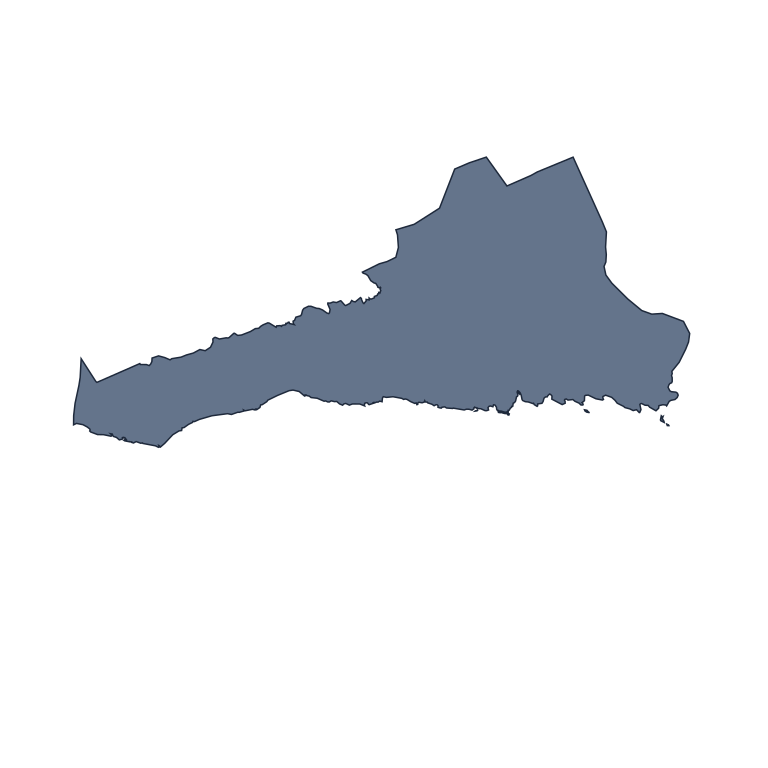 Mimika, Papua, Indonesia (Equal Earth projection), rotated 334°
{"feature_id": "22746128B99426029309213", "entity_name": "Mimika", "entity_type": "district", "adm_level": 2, "iso_a3": "IDN", "parent_name": "Indonesia", "parent_adm1": "Papua", "projection": "equal_earth", "projection_center": [136.425, -4.63], "detail": "fine", "context": "isolated", "style": "filled", "palette": "slate", "viewbox_px": 768, "rotation_deg": 334, "n_neighbors": 0, "source": "geoboundaries", "source_scale": "gbopen_adm2", "svg_char_len": 6169}
<svg xmlns="http://www.w3.org/2000/svg" viewBox="0 0 768 768"><g transform="rotate(334 384 384)"><path d="M633.0,393.3L631.2,383.3L633.3,374.8L636.9,371.6L640.5,365.2L643.2,358.0L650.6,344.8L651.3,334.0L653.4,263.0L614.8,260.6L607.4,261.0L581.3,259.9L575.4,224.9L557.8,222.6L541.8,221.8L511.0,250.3L481.2,253.7L462.3,250.6L461.5,255.9L456.8,267.6L450.2,275.3L440.4,275.3L432.4,273.9L413.6,274.0L413.8,275.2L415.8,277.2L417.0,279.5L417.4,285.3L419.4,288.9L420.7,289.9L421.1,293.1L420.9,294.3L422.0,295.6L423.1,295.4L423.2,296.1L422.1,297.1L422.0,298.8L421.1,299.3L420.5,300.3L419.4,299.4L419.0,300.5L417.8,300.3L416.7,301.4L413.7,301.1L413.1,302.3L409.8,302.1L408.8,301.4L408.3,300.2L407.5,301.9L405.0,300.1L404.4,301.5L401.2,302.9L400.7,301.8L400.8,298.2L401.2,297.2L400.7,296.0L394.1,297.6L392.5,296.3L391.6,294.8L388.8,296.6L384.0,296.7L383.3,295.9L381.8,290.5L381.3,290.1L377.1,290.0L374.3,288.0L371.1,287.7L369.1,286.6L368.5,287.4L368.2,293.4L366.2,296.1L365.2,296.5L363.8,295.2L361.3,290.6L358.8,287.7L356.6,286.4L352.5,282.2L350.2,281.0L345.1,281.0L343.2,282.0L340.4,285.3L339.0,286.1L334.1,285.3L331.5,287.6L329.8,287.7L329.0,290.0L329.3,291.2L325.6,288.2L325.8,286.9L325.0,286.5L324.0,287.0L322.3,286.5L322.1,287.4L321.5,287.6L318.1,286.6L317.2,287.3L316.3,286.0L313.0,284.7L311.9,285.7L307.6,279.0L306.4,278.1L301.3,277.8L298.4,278.1L295.8,279.0L292.6,277.8L286.9,278.3L277.4,277.5L273.8,276.2L271.9,272.9L271.2,272.6L265.0,274.4L263.8,274.2L262.4,273.3L255.8,271.4L252.9,268.2L251.9,267.9L249.9,268.5L248.7,271.3L244.2,274.9L237.9,275.7L233.6,272.3L226.2,272.6L219.2,271.3L213.4,270.9L204.4,268.2L202.3,268.5L198.5,264.1L193.7,259.9L186.9,259.0L185.2,262.1L183.0,263.8L181.0,264.5L179.0,262.4L173.6,259.7L173.5,258.6L126.7,256.7L126.1,255.4L122.9,228.5L113.8,244.9L109.2,251.5L97.9,265.9L91.2,276.4L87.1,284.6L90.3,284.6L95.6,288.6L98.4,292.5L99.8,295.3L99.7,296.6L98.9,297.2L99.3,298.5L104.4,303.9L109.7,306.6L115.8,311.3L117.1,310.6L116.4,308.8L117.8,309.8L117.7,312.4L120.1,314.7L121.6,318.2L124.5,318.8L125.2,318.5L125.4,317.5L126.4,317.7L126.7,318.4L127.5,318.5L128.1,321.4L127.8,321.9L127.0,320.8L127.1,319.9L126.5,320.6L125.5,320.5L126.0,321.4L130.5,324.8L129.4,323.7L131.7,325.5L132.5,325.3L132.0,325.7L131.1,325.4L133.0,327.2L136.0,327.1L139.4,330.6L141.1,331.1L141.2,331.7L151.5,339.4L153.5,342.0L154.4,341.8L154.6,340.5L155.1,341.2L154.7,342.3L155.2,342.7L160.9,341.2L171.9,337.0L179.2,336.3L181.7,337.1L183.3,334.9L185.2,335.5L190.6,334.6L195.1,334.6L195.9,333.8L197.2,334.7L202.6,334.9L215.4,337.1L230.4,342.1L233.5,344.5L240.3,345.3L241.4,346.0L247.0,347.0L246.5,346.8L246.5,346.0L247.4,347.2L254.7,349.1L256.7,350.8L257.0,350.3L258.1,350.3L258.3,351.3L262.2,350.7L264.0,348.7L265.5,349.2L270.9,348.5L272.5,347.6L283.4,347.6L295.8,348.4L299.6,349.6L304.5,353.6L307.3,360.0L308.5,360.1L308.0,359.5L308.2,359.2L309.2,359.7L309.8,360.8L311.5,362.1L312.5,364.2L317.7,367.5L322.6,373.2L324.1,373.6L325.5,375.4L327.0,376.2L329.2,376.0L331.7,378.1L333.9,379.0L335.3,382.4L337.5,384.9L339.3,384.3L341.1,384.7L343.6,387.8L346.9,388.1L353.5,391.4L357.0,395.2L357.1,394.1L357.9,393.5L358.1,392.9L359.7,393.0L360.9,393.8L361.2,395.6L361.7,396.1L366.2,396.7L366.0,396.1L367.0,396.1L367.5,396.9L369.5,397.0L370.7,397.7L372.6,397.5L374.5,399.1L376.5,395.9L377.8,395.1L380.3,397.1L386.5,399.4L393.7,404.7L394.9,406.5L396.4,406.7L397.9,407.9L400.2,411.5L403.1,414.9L404.6,415.1L404.5,417.0L405.4,417.1L406.1,415.9L407.3,415.7L410.0,417.6L412.2,417.9L413.3,416.9L413.3,418.3L415.0,419.3L415.0,420.1L418.2,423.2L419.5,425.5L421.6,425.4L422.7,426.0L423.1,427.1L422.3,428.6L424.0,430.2L425.1,430.8L425.9,430.3L428.6,431.2L429.7,433.0L435.0,436.1L435.6,436.0L444.7,442.5L447.1,442.8L449.4,444.0L451.7,446.1L454.0,445.7L454.3,444.9L455.3,444.5L457.1,446.9L457.3,446.5L457.9,447.4L460.2,448.7L463.2,452.3L464.6,453.0L466.6,453.2L467.1,450.8L468.7,450.1L470.1,450.5L471.9,452.2L473.3,450.7L473.9,451.0L474.6,451.8L474.9,454.2L474.2,456.0L474.3,457.3L474.9,457.5L475.8,458.9L477.4,459.7L480.4,462.4L482.0,463.1L481.8,463.6L482.4,464.2L483.2,463.9L483.5,463.2L483.2,462.9L483.8,462.9L484.0,462.1L485.2,462.4L486.8,461.2L488.6,460.8L488.9,460.1L490.0,460.4L491.7,457.9L493.2,457.9L494.8,457.0L497.5,453.6L498.7,453.5L499.6,452.5L500.1,449.6L501.2,448.7L501.8,449.2L502.5,451.5L502.4,454.2L501.3,458.4L501.4,459.6L503.2,461.8L505.8,463.4L509.3,466.9L510.0,466.9L510.0,468.4L511.8,471.2L512.5,471.0L513.4,469.3L517.5,470.6L519.3,469.5L521.6,466.9L523.4,466.4L525.1,467.1L526.1,466.3L528.4,465.6L529.2,466.5L529.7,468.5L528.2,471.2L535.1,480.6L538.4,480.7L539.2,478.9L539.1,477.6L539.9,477.1L541.3,477.4L542.3,479.1L547.0,480.8L548.0,483.2L551.0,486.8L551.7,489.0L552.8,489.8L553.9,489.9L554.2,488.1L553.8,487.5L556.8,486.9L559.0,482.8L560.0,482.5L562.7,483.5L568.0,490.2L573.3,494.2L574.5,494.1L574.6,492.4L575.3,491.2L578.3,491.2L582.8,495.8L584.5,500.0L585.2,503.5L589.5,509.1L590.2,510.8L594.0,514.1L596.3,517.1L599.7,517.8L600.9,521.6L601.4,521.7L603.7,519.7L605.0,514.5L606.0,514.2L607.0,514.5L609.3,517.5L612.1,519.1L612.6,521.3L616.7,527.3L620.2,526.2L621.6,524.0L625.6,524.9L628.1,526.5L628.4,527.6L632.8,524.6L634.8,524.5L638.7,525.5L641.6,524.7L643.5,523.0L643.7,520.9L642.8,519.3L638.8,516.8L637.9,515.3L637.9,511.4L639.9,509.5L641.2,508.9L643.1,509.0L644.2,508.0L645.8,504.6L646.1,502.5L647.6,501.0L648.3,498.8L658.8,493.9L670.4,485.0L676.1,479.8L680.9,472.6L680.6,459.0L665.1,442.6L655.3,438.6L647.9,431.0L640.4,414.5L633.0,393.3ZM619.9,535.7L619.3,534.1L616.7,537.5L616.7,538.4L619.0,541.4L619.3,540.1L618.9,536.0L619.8,536.3L620.5,535.6L619.9,535.7ZM554.9,496.6L552.9,495.1L552.8,496.3L553.8,498.1L556.2,499.9L555.5,498.8L554.9,496.6ZM476.9,460.1L474.7,457.9L474.4,459.7L475.9,460.8L476.9,460.1ZM477.2,460.3L477.2,461.4L479.6,463.5L480.4,463.9L481.0,463.6L477.2,460.3ZM501.5,452.5L502.0,452.0L501.6,449.4L501.1,451.1L501.5,452.5ZM482.2,466.1L481.9,465.6L482.6,465.1L481.9,464.2L481.5,465.2L481.9,466.2L482.7,466.6L483.5,465.8L483.1,465.2L482.2,466.1ZM621.3,546.0L620.7,545.5L620.6,543.1L620.4,545.6L621.8,546.2L621.7,544.8L621.3,546.0ZM457.2,448.6L454.4,448.2L454.0,448.3L455.8,448.9L457.2,448.6Z" fill="#64748b" stroke="#1e293b" stroke-width="1.5"/></g></svg>